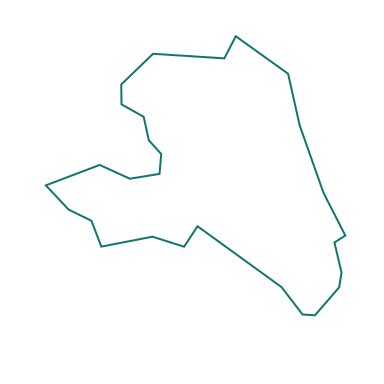 an SVG outline of St Helens, rotated 169°
{"feature_id": "GBR-5669", "entity_name": "St Helens", "entity_type": "Metropolitan Borough", "adm_level": 1, "iso_a3": "GBR", "parent_name": "United Kingdom", "parent_adm1": "", "projection": "mercator", "projection_center": [-2.702, 53.453], "detail": "fine", "context": "isolated", "style": "outline", "palette": "teal", "viewbox_px": 384, "rotation_deg": 169, "n_neighbors": 0, "source": "natural_earth", "source_scale": "10m", "svg_char_len": 501}
<svg xmlns="http://www.w3.org/2000/svg" viewBox="0 0 384 384"><g transform="rotate(169 192 192)"><path d="M203.9,335.1L134.8,317.0L119.3,336.5L75.1,289.7L73.6,236.8L63.1,166.2L49.8,120.0L61.8,115.3L60.6,84.3L65.7,70.4L94.8,47.5L106.9,50.7L122.3,81.6L193.1,157.3L210.2,139.8L239.4,155.7L291.4,155.7L296.2,182.9L316.5,198.3L334.2,226.4L277.5,236.2L250.5,216.9L220.4,216.0L215.0,235.1L224.5,251.0L225.1,275.0L244.5,291.5L240.9,311.1L203.9,335.1Z" fill="none" stroke="#0f766e" stroke-width="2"/></g></svg>